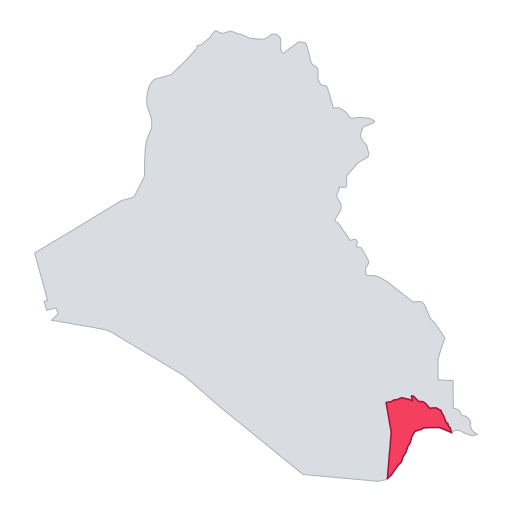 Al-Zubair, Al-Basrah, Iraq (highlighted)
{"feature_id": "34846034B69957241231378", "entity_name": "Al-Zubair", "entity_type": "district", "adm_level": 2, "iso_a3": "IRQ", "parent_name": "Iraq", "parent_adm1": "Al-Basrah", "projection": "mercator", "projection_center": [47.115, 29.902], "detail": "fine", "context": "in_parent", "style": "filled", "palette": "rose", "viewbox_px": 512, "rotation_deg": 0, "n_neighbors": 0, "source": "geoboundaries", "source_scale": "gbopen_adm2", "svg_char_len": 6809}
<svg xmlns="http://www.w3.org/2000/svg" viewBox="0 0 512 512"><path d="M197.1,45.7L201.5,44.6L209.6,37.7L214.4,31.3L215.9,30.7L220.2,32.8L223.2,33.4L230.3,31.0L234.5,32.3L238.0,33.9L240.0,34.0L249.5,38.0L251.8,38.5L256.7,39.0L264.0,39.2L268.7,36.6L272.0,34.0L274.3,34.1L276.6,34.7L278.5,35.8L280.1,37.7L280.8,40.4L280.5,48.9L281.3,51.2L282.5,52.8L284.2,53.1L286.1,51.3L289.6,48.5L293.9,45.6L297.0,42.9L298.8,41.9L301.7,42.0L304.5,42.5L306.1,43.8L306.1,44.2L307.6,48.2L311.3,63.2L313.4,65.1L315.9,66.7L317.6,68.9L318.2,71.2L318.0,74.6L318.1,78.7L319.1,81.7L320.5,84.1L321.8,85.2L323.7,85.3L326.1,85.9L327.6,88.2L332.6,105.2L333.1,107.4L335.2,108.1L338.6,107.7L342.1,109.5L345.9,112.2L349.5,117.3L351.9,118.2L359.3,117.4L369.6,118.2L374.4,120.9L373.9,122.5L370.2,124.3L363.7,126.5L361.8,130.1L360.7,134.8L360.9,137.4L362.5,140.3L367.1,146.0L367.3,148.1L368.1,151.0L369.0,153.0L368.1,156.8L363.9,159.4L358.4,162.3L347.4,175.0L346.6,177.7L346.7,185.2L345.6,187.4L342.1,187.3L339.4,186.9L339.2,189.6L337.5,193.0L336.5,196.1L340.6,203.2L341.3,207.0L340.6,210.5L336.9,216.4L334.7,220.4L335.2,221.3L338.1,222.9L347.2,235.9L350.1,240.5L354.0,239.3L355.4,239.3L356.5,240.1L357.2,241.6L357.2,243.6L356.2,246.5L361.1,247.7L362.9,250.6L368.6,260.7L368.4,263.7L365.6,268.5L365.6,271.6L366.2,274.4L367.1,275.4L375.5,275.8L379.1,277.0L387.8,282.1L397.7,290.0L405.9,296.4L412.8,301.9L420.2,301.5L422.2,302.4L424.1,304.2L426.2,308.6L430.5,318.8L434.1,322.1L439.7,330.2L444.9,337.8L441.4,348.1L438.1,358.8L438.1,372.5L438.1,379.8L445.2,380.2L453.1,380.5L453.1,389.3L453.2,398.1L453.3,408.1L455.6,408.5L459.3,410.7L460.8,413.9L462.8,415.7L465.2,416.0L467.6,417.6L469.9,420.5L470.8,422.7L470.1,424.2L470.6,426.8L472.3,430.6L474.3,432.3L477.3,434.5L473.2,435.8L468.6,434.8L459.0,430.4L455.9,430.3L451.8,431.9L451.6,433.4L441.4,428.5L437.8,427.5L436.4,427.4L430.6,427.5L422.3,428.4L417.4,430.4L414.0,432.5L412.5,434.6L411.9,435.7L409.3,441.8L406.2,449.6L403.0,456.7L396.8,466.6L393.4,471.1L386.1,479.6L378.1,481.3L359.7,479.6L339.3,477.8L319.0,475.9L303.9,474.5L302.7,474.1L287.7,462.0L275.9,452.4L261.2,440.4L246.1,428.1L230.8,415.7L219.7,406.6L206.2,394.9L193.9,384.2L184.2,375.7L171.7,368.3L162.0,362.5L147.9,354.1L136.5,347.3L126.8,341.5L111.9,332.5L106.9,330.1L91.5,327.1L76.8,324.6L61.6,321.9L51.5,320.2L58.2,313.8L56.1,308.1L51.3,309.1L46.8,310.5L44.1,301.5L47.5,300.4L44.4,288.7L41.1,276.7L37.9,265.0L34.7,253.0L47.5,245.3L57.1,239.5L70.5,231.5L83.4,223.7L95.7,216.2L109.3,208.0L121.4,200.6L132.6,197.6L134.9,195.3L140.0,185.2L144.3,176.6L144.5,174.6L144.6,162.3L145.3,147.9L146.8,140.2L149.3,133.3L151.6,128.3L151.8,123.6L151.5,118.8L149.1,111.6L146.6,104.1L146.9,96.8L147.4,92.9L148.9,86.7L151.6,82.1L154.4,79.3L165.0,76.4L171.2,74.6L179.6,66.5L184.6,61.7L191.6,54.1L196.7,48.4L197.1,46.5L197.1,45.7Z" fill="#d9dde1" stroke="#a8b0b8" stroke-width="1"/><path d="M443.0,414.8L442.6,414.1L442.3,413.6L442.0,413.2L441.8,412.6L441.5,411.8L441.3,411.3L441.0,410.4L440.4,410.2L440.0,409.9L439.4,409.7L438.8,409.4L438.4,409.1L437.8,408.7L437.4,408.5L437.0,408.3L436.5,408.0L435.9,407.9L435.3,407.9L434.6,407.9L434.0,407.9L433.3,407.9L432.9,407.9L432.5,408.0L432.0,408.0L431.5,408.0L431.1,408.1L430.9,408.1L430.7,408.2L430.3,408.2L429.8,408.2L429.7,408.3L429.6,408.2L429.3,407.9L429.0,407.5L428.7,407.1L428.4,406.7L428.1,406.3L427.7,405.9L427.4,405.5L427.1,405.2L426.6,404.7L426.3,404.2L425.9,403.8L425.6,403.5L425.3,403.3L425.1,403.1L424.8,403.0L424.4,402.6L424.0,402.4L423.6,402.2L423.3,402.0L422.9,401.8L422.7,401.6L422.2,401.6L421.9,401.6L421.3,401.5L420.6,401.5L420.1,401.4L419.6,401.5L419.1,401.4L418.5,401.4L418.1,400.9L417.8,400.5L417.3,400.1L416.9,399.7L416.5,399.2L415.9,398.7L415.4,398.2L415.0,397.7L414.7,397.4L414.4,397.0L414.0,396.7L413.8,396.5L413.7,396.4L413.5,396.2L412.9,396.1L412.5,396.0L412.1,395.9L411.7,395.8L411.5,396.3L411.6,396.8L411.6,397.3L411.7,397.8L411.9,398.8L412.1,399.9L412.2,400.3L412.3,400.7L412.2,400.7L411.7,400.5L411.3,400.3L410.1,399.9L409.1,399.5L408.3,399.1L407.9,399.0L407.6,399.0L407.0,399.0L406.8,398.9L406.4,398.9L406.1,398.9L405.9,398.9L405.7,398.8L405.6,398.7L405.4,398.7L405.2,398.6L404.9,398.4L404.5,398.3L404.2,398.2L403.9,398.1L403.4,398.1L403.2,398.0L402.9,398.0L402.6,397.8L402.4,397.8L402.2,397.7L401.6,397.8L401.1,398.0L400.6,398.1L400.4,398.1L400.1,398.3L399.8,398.4L399.6,398.5L399.4,398.6L398.9,398.9L398.6,399.0L398.4,399.2L398.0,399.4L397.4,399.7L397.2,399.7L396.8,399.7L396.3,399.7L396.1,399.7L395.8,399.8L395.6,399.8L395.1,399.8L394.8,399.9L394.5,399.9L394.3,399.9L394.2,399.9L394.0,400.0L393.7,400.1L393.4,400.3L393.0,400.5L392.6,400.7L392.2,401.0L391.7,401.3L391.2,401.6L390.8,401.9L390.3,401.9L389.5,401.9L389.0,401.9L388.7,401.9L388.4,402.0L387.9,402.1L387.4,402.2L386.5,402.4L386.2,402.5L386.1,402.8L386.1,403.1L386.3,404.0L386.5,405.2L386.7,406.3L386.9,407.6L387.1,408.9L387.3,409.7L387.6,411.0L387.8,412.2L388.0,413.1L388.0,413.5L388.1,414.2L388.4,415.8L388.9,418.7L389.2,420.5L389.4,421.9L389.7,423.3L389.9,424.8L390.2,426.5L390.7,428.9L390.9,430.3L391.2,431.7L391.2,432.2L391.1,432.9L390.8,437.4L390.7,438.6L390.5,440.7L390.3,443.3L390.2,445.8L390.1,446.7L389.9,449.3L389.5,452.3L389.2,456.3L389.0,458.4L388.9,460.1L388.7,462.6L388.4,466.1L388.3,468.1L388.0,470.0L388.0,470.7L387.9,472.1L387.8,472.9L387.8,473.6L387.5,476.4L387.5,477.3L387.4,478.0L387.3,478.6L387.2,479.2L387.8,478.4L388.4,477.7L388.7,477.3L389.2,476.8L389.6,476.5L390.4,475.8L391.0,475.3L391.3,475.0L391.5,474.7L391.7,474.3L392.9,472.8L393.2,472.2L393.7,471.5L394.8,470.0L395.8,468.5L396.8,467.1L397.5,466.1L398.0,465.4L398.4,465.0L398.7,464.6L399.2,464.1L399.5,463.9L399.9,463.6L400.2,463.3L400.6,462.9L401.3,462.1L401.6,461.3L402.1,459.9L402.5,458.8L402.9,457.3L403.0,456.8L403.1,456.5L403.8,455.5L404.5,454.6L405.5,453.0L406.0,452.3L406.5,450.8L406.9,449.6L407.3,448.0L407.6,447.1L408.2,446.0L409.6,443.7L410.2,442.8L410.4,441.9L410.7,441.2L410.8,440.4L411.1,439.6L411.4,438.6L411.5,437.8L411.7,437.2L412.0,436.4L412.4,435.6L412.7,435.0L413.4,433.9L413.7,433.4L413.9,432.9L414.2,432.4L414.4,432.2L415.0,431.6L415.3,431.3L415.9,430.9L416.4,430.8L417.2,430.6L417.8,430.4L418.4,430.2L418.9,430.1L420.0,429.8L420.7,429.6L421.4,429.5L421.7,429.2L422.0,428.9L422.4,428.7L422.7,428.5L422.9,428.2L423.3,427.7L423.8,427.7L425.2,427.7L426.4,427.7L429.7,427.6L434.1,427.6L436.8,427.5L439.0,427.5L439.5,427.6L440.7,428.0L442.8,428.8L444.7,429.5L449.0,431.3L450.6,431.9L450.7,432.0L451.4,432.3L451.2,431.8L451.0,431.1L450.8,430.5L450.8,430.0L450.6,428.8L450.4,428.1L449.7,427.3L449.1,426.9L448.7,426.3L448.3,425.5L448.0,424.3L447.9,423.8L447.7,423.4L447.1,423.6L446.8,423.0L446.4,422.1L446.2,422.0L445.8,421.9L445.7,421.5L445.2,419.9L444.4,418.0L444.1,417.1L443.9,416.8L443.8,416.4L443.8,416.2L443.7,416.0L443.5,415.6L443.3,415.3L443.0,414.8Z" fill="#f43f5e" stroke="#9f1239" stroke-width="1.5"/></svg>